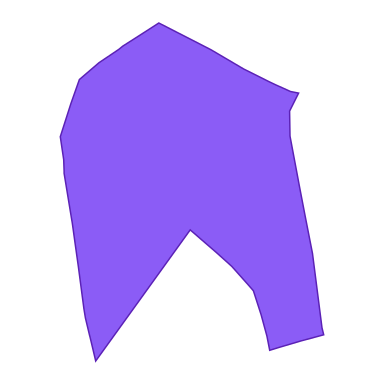 Al-Aguza, Al Jizah, Egypt (Equal Earth projection)
{"feature_id": "37247803B56780050438943", "entity_name": "Al-Aguza", "entity_type": "district", "adm_level": 2, "iso_a3": "EGY", "parent_name": "Egypt", "parent_adm1": "Al Jizah", "projection": "equal_earth", "projection_center": [31.205, 30.06], "detail": "fine", "context": "isolated", "style": "filled", "palette": "violet", "viewbox_px": 384, "rotation_deg": 0, "n_neighbors": 0, "source": "geoboundaries", "source_scale": "gbopen_adm2", "svg_char_len": 757}
<svg xmlns="http://www.w3.org/2000/svg" viewBox="0 0 384 384"><path d="M298.6,93.1L295.1,92.4L290.5,91.5L275.4,84.7L269.1,81.7L243.7,69.0L224.0,57.4L210.9,49.7L158.8,23.0L144.4,32.3L122.8,46.1L118.9,49.3L111.5,54.3L99.0,62.7L79.4,79.5L70.9,103.6L68.3,111.7L60.3,136.7L63.7,159.7L64.1,171.0L64.1,173.3L71.6,219.0L72.2,222.5L72.7,226.0L75.1,243.4L78.4,266.9L83.9,308.7L85.4,317.9L89.7,335.9L89.8,336.1L92.5,347.4L95.7,361.0L139.1,300.8L190.2,229.9L201.4,239.6L216.0,252.2L231.8,266.4L248.9,285.6L253.4,290.8L261.1,314.7L266.9,336.0L269.7,350.3L279.1,347.4L300.7,341.0L319.3,336.0L323.7,334.8L322.0,327.8L312.5,253.5L305.1,215.8L299.1,184.6L298.1,179.2L290.0,136.1L289.6,111.1L291.4,107.5L298.6,93.1Z" fill="#8b5cf6" stroke="#5b21b6" stroke-width="1.5"/></svg>